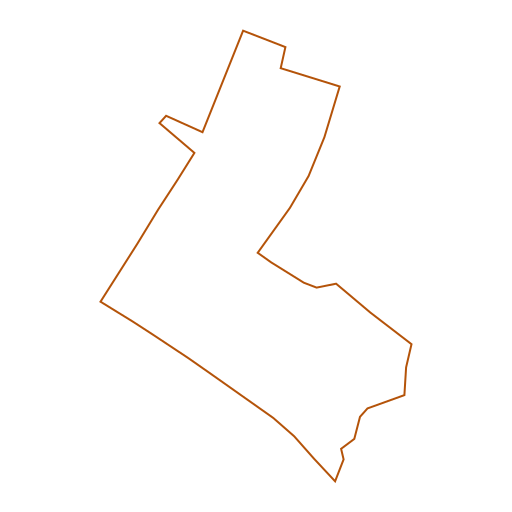 the district of Senala, Tuvalu
{"feature_id": "33948139B62945669535509", "entity_name": "Senala", "entity_type": "district", "adm_level": 2, "iso_a3": "TUV", "parent_name": "Tuvalu", "parent_adm1": "", "projection": "albers", "projection_center": [179.199, -8.519], "detail": "fine", "context": "isolated", "style": "outline", "palette": "amber", "viewbox_px": 512, "rotation_deg": 0, "n_neighbors": 0, "source": "geoboundaries", "source_scale": "gbopen_adm2", "svg_char_len": 578}
<svg xmlns="http://www.w3.org/2000/svg" viewBox="0 0 512 512"><path d="M243.1,30.7L202.5,132.2L166.1,115.8L159.5,123.1L194.4,152.9L177.5,179.9L158.2,209.5L137.5,243.5L100.5,301.7L132.5,321.4L153.3,334.9L188.6,358.3L212.3,374.9L273.2,417.9L294.2,436.3L314.0,458.7L335.1,481.3L343.6,459.4L341.1,448.8L354.3,438.9L360.0,416.8L367.5,408.4L404.4,395.1L406.1,367.4L411.5,344.2L370.4,312.6L336.1,283.7L316.6,287.6L303.8,282.7L271.2,262.4L257.7,252.8L289.9,207.9L308.6,176.0L324.4,137.2L339.7,86.5L280.7,68.2L285.4,47.1L243.1,30.7Z" fill="none" stroke="#b45309" stroke-width="2"/></svg>